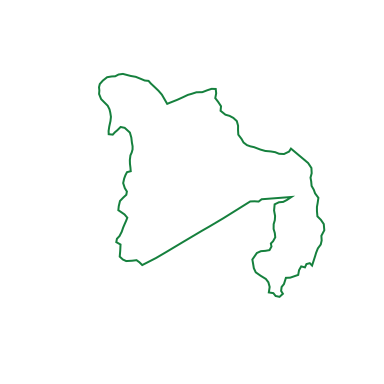 Itatiaia, Rio de Janeiro, Brazil (Mercator projection), rotated 129°
{"feature_id": "56859067B89596650160395", "entity_name": "Itatiaia", "entity_type": "district", "adm_level": 2, "iso_a3": "BRA", "parent_name": "Brazil", "parent_adm1": "Rio de Janeiro", "projection": "mercator", "projection_center": [-44.586, -22.443], "detail": "fine", "context": "isolated", "style": "outline", "palette": "green", "viewbox_px": 384, "rotation_deg": 129, "n_neighbors": 0, "source": "geoboundaries", "source_scale": "gbopen_adm2", "svg_char_len": 2403}
<svg xmlns="http://www.w3.org/2000/svg" viewBox="0 0 384 384"><g transform="rotate(129 192 192)"><path d="M96.4,120.0L96.0,142.4L99.5,142.0L104.6,144.4L107.5,148.4L108.7,152.4L110.9,156.3L114.0,160.9L116.0,165.6L118.1,172.0L119.8,175.4L121.0,178.8L121.1,183.1L119.6,186.9L118.3,192.1L114.9,195.2L111.5,197.9L108.7,201.8L108.4,206.5L109.2,210.7L110.9,214.7L110.9,220.9L107.1,223.4L105.5,228.4L104.4,233.0L100.1,235.3L97.0,238.4L99.5,241.7L103.4,244.2L107.9,246.8L111.7,251.3L116.0,254.1L119.1,256.3L123.9,258.6L129.5,261.4L139.1,266.8L135.3,276.7L134.4,281.8L134.0,286.6L133.6,292.2L133.0,295.7L135.1,298.9L136.3,303.0L137.9,308.2L140.4,312.7L143.7,320.0L146.9,323.0L150.4,324.5L152.8,327.2L156.2,330.2L161.5,331.4L166.1,331.6L169.1,330.2L171.4,327.9L174.3,325.9L177.0,321.1L177.5,316.6L178.0,311.8L179.7,308.1L181.8,305.4L184.6,302.3L188.2,300.0L193.2,297.5L197.1,295.2L199.5,293.1L197.3,289.7L194.1,289.5L191.0,288.9L186.4,288.4L184.5,284.7L184.9,277.7L187.9,273.4L191.6,269.6L193.8,267.0L196.3,265.0L199.3,263.7L202.3,262.9L206.3,260.4L209.2,257.9L211.6,255.4L214.4,252.7L217.5,255.0L220.9,254.3L224.2,253.2L228.4,251.1L231.3,246.6L232.6,242.9L235.5,241.3L239.5,241.9L244.3,242.3L249.1,240.0L252.5,237.8L252.2,234.3L251.9,230.3L252.7,226.1L256.1,225.0L259.5,224.1L263.0,223.1L267.1,221.6L271.9,220.6L275.6,220.9L278.6,219.3L277.8,214.5L282.7,210.9L287.7,207.5L288.0,203.3L287.1,199.7L283.1,195.3L279.9,192.2L279.7,188.7L280.1,184.7L265.9,178.4L260.3,176.3L255.0,174.3L236.7,167.6L216.2,160.0L207.7,156.7L192.6,151.1L162.7,140.8L159.9,137.6L157.5,134.2L153.8,133.3L133.3,111.6L138.4,113.2L142.3,114.9L145.3,118.0L149.6,120.0L154.7,116.6L158.4,112.3L161.8,109.9L165.6,108.3L169.4,105.3L171.8,101.8L174.8,98.8L179.3,98.0L182.4,98.3L184.4,95.9L188.4,95.2L191.6,98.0L194.6,101.2L198.6,103.2L202.6,102.9L206.5,102.6L209.2,99.5L212.3,96.0L214.3,91.9L213.9,86.0L213.1,79.9L214.1,75.8L216.9,71.9L221.7,69.1L219.4,65.1L220.2,61.6L218.4,58.0L213.9,57.3L212.8,60.5L209.4,62.6L205.7,62.6L199.6,65.0L196.8,61.8L193.3,59.6L189.6,57.3L185.4,59.6L181.1,60.3L179.5,56.8L176.0,57.7L173.2,55.7L173.6,52.4L168.9,54.2L164.0,56.1L161.1,57.3L156.6,58.7L151.8,58.9L148.1,60.7L144.6,63.9L138.5,65.1L134.0,69.4L132.5,74.4L132.0,79.2L128.3,82.8L125.0,85.5L121.7,87.3L117.0,90.1L115.6,95.5L113.6,98.8L112.0,102.9L108.8,106.0L106.3,108.9L102.1,110.8L98.2,114.3L96.4,120.0Z" fill="none" stroke="#15803d" stroke-width="2"/></g></svg>